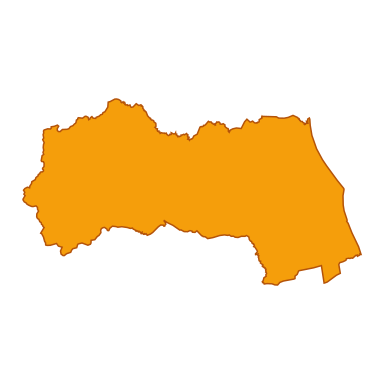 Tha Chana, Surat Thani, Thailand (Mercator projection)
{"feature_id": "78962969B77729617047894", "entity_name": "Tha Chana", "entity_type": "district", "adm_level": 2, "iso_a3": "THA", "parent_name": "Thailand", "parent_adm1": "Surat Thani", "projection": "mercator", "projection_center": [98.995, 9.596], "detail": "fine", "context": "isolated", "style": "filled", "palette": "amber", "viewbox_px": 384, "rotation_deg": 0, "n_neighbors": 0, "source": "geoboundaries", "source_scale": "gbopen_adm2", "svg_char_len": 6001}
<svg xmlns="http://www.w3.org/2000/svg" viewBox="0 0 384 384"><path d="M361.0,254.3L358.6,246.8L351.9,232.8L348.1,223.2L346.7,221.4L347.1,220.8L347.0,219.6L344.1,210.8L343.2,205.0L343.0,195.7L344.0,189.7L343.8,188.5L337.4,180.6L326.5,165.7L322.4,159.6L316.6,148.9L311.9,135.4L310.2,125.3L309.8,119.2L309.3,118.0L307.7,119.1L307.7,121.2L306.4,121.2L306.7,122.2L307.7,122.1L307.9,123.3L305.6,123.4L305.4,124.3L304.7,124.6L304.2,124.2L304.4,123.5L303.9,122.8L303.0,122.6L302.3,121.5L300.9,121.5L300.2,120.5L299.7,120.4L299.1,118.7L298.5,118.9L297.8,117.6L293.0,115.4L288.2,117.4L284.2,118.2L278.7,118.1L276.4,116.8L263.0,116.4L262.3,116.8L262.0,116.3L261.6,117.2L261.9,118.1L259.2,119.6L259.2,121.5L258.8,122.1L257.9,122.2L257.8,121.7L257.5,122.8L256.7,122.7L256.2,123.1L254.5,122.8L252.6,121.1L250.7,122.0L250.0,122.0L246.9,119.2L244.6,121.8L241.2,128.5L236.4,128.0L232.9,128.8L230.3,130.1L229.2,132.3L228.2,131.0L228.6,130.3L228.1,128.6L227.4,128.5L225.7,127.3L224.8,126.2L225.0,125.0L223.2,123.7L222.0,124.2L220.2,124.1L220.0,123.0L218.9,121.9L217.4,122.2L216.9,121.9L216.2,123.1L215.0,123.7L215.5,125.0L215.1,125.2L214.8,124.3L213.3,124.2L212.8,123.3L211.9,123.2L211.1,121.9L209.5,122.0L208.4,121.3L205.4,124.8L204.1,125.6L203.5,125.4L203.2,126.3L201.8,126.8L201.2,126.5L200.0,127.1L197.2,134.2L193.8,136.0L192.8,138.1L191.7,139.1L191.4,138.9L190.0,139.5L189.5,140.3L188.9,139.4L187.7,139.2L188.1,138.3L188.8,138.4L189.1,137.5L188.9,137.0L187.7,136.9L187.4,135.9L188.0,135.0L187.0,134.3L186.6,133.5L184.5,134.8L183.8,134.3L181.9,135.1L181.1,135.0L180.9,136.0L180.0,136.4L178.8,136.2L178.8,136.6L178.0,136.4L177.9,137.3L177.4,135.8L176.3,134.9L176.7,134.2L175.7,133.8L175.6,132.8L175.1,133.8L173.4,133.9L171.2,132.7L171.3,134.2L170.9,134.6L169.9,134.3L169.5,135.1L168.3,135.6L166.7,134.2L166.3,133.1L164.7,133.5L164.2,133.0L163.0,133.2L161.5,132.7L160.2,133.4L159.9,132.2L159.4,132.4L159.0,132.0L158.9,131.0L157.6,131.2L157.2,130.3L157.4,128.8L156.0,128.6L155.5,127.3L155.1,127.2L156.0,126.3L155.8,123.3L153.9,121.8L153.7,120.8L152.6,120.1L151.6,120.1L150.7,119.3L150.7,118.7L150.3,118.7L150.1,118.0L149.4,117.8L147.6,115.8L146.1,111.9L145.2,111.5L144.9,110.7L143.9,110.5L143.9,109.5L142.8,108.4L142.9,106.9L142.2,106.0L141.5,106.1L141.7,105.5L140.9,104.8L138.8,105.5L136.2,103.7L133.0,107.0L131.4,107.3L130.6,106.8L130.0,105.0L127.8,105.6L127.2,104.7L126.0,105.0L124.9,104.5L125.1,103.5L124.6,102.3L123.5,103.0L123.1,101.8L121.6,102.7L121.1,102.3L120.8,100.9L118.7,99.5L116.6,99.0L114.8,99.1L110.1,101.6L108.2,102.1L107.8,107.1L104.9,111.8L103.0,112.6L102.3,114.3L100.6,114.8L99.3,116.1L96.2,117.3L95.7,118.4L93.2,118.2L91.9,116.6L90.3,117.8L89.9,119.0L88.7,119.7L88.1,117.3L86.2,116.3L85.1,116.3L82.5,118.2L78.5,117.7L77.8,118.2L77.6,119.4L76.4,120.1L76.0,122.5L75.4,123.4L74.4,124.0L72.9,125.7L70.5,126.6L68.9,128.7L67.1,129.3L62.4,129.5L60.1,131.6L58.4,131.5L57.3,130.4L57.3,128.6L58.7,126.2L57.4,125.1L54.3,126.3L51.2,126.8L51.1,128.4L50.4,129.0L47.7,128.8L44.1,130.0L43.5,131.0L43.7,133.0L43.1,134.7L43.7,138.0L42.7,139.6L44.2,142.7L43.5,144.5L43.2,147.6L43.7,150.4L43.0,152.4L43.7,154.4L42.1,155.6L41.2,160.7L41.7,161.5L43.4,161.7L44.1,163.2L44.0,166.6L42.6,168.2L42.6,169.1L43.4,169.8L43.5,170.9L42.6,171.8L40.8,172.0L40.1,172.6L39.8,173.7L38.3,174.5L38.1,175.8L35.9,177.6L35.3,179.6L31.8,181.7L31.5,183.6L29.9,186.0L29.6,187.8L27.7,187.2L27.0,187.4L24.9,188.5L23.5,190.2L24.8,192.3L23.9,194.2L25.1,195.6L23.0,199.2L23.2,200.2L24.3,201.9L26.0,202.8L26.8,204.0L28.5,205.1L31.4,206.4L33.0,206.6L36.0,205.9L37.5,207.4L37.5,209.1L38.5,211.1L36.8,213.9L36.7,216.9L37.5,218.5L38.9,219.4L39.8,221.7L41.2,222.6L41.5,224.3L42.6,225.1L43.0,226.5L44.1,227.5L40.7,233.2L41.7,233.7L43.5,237.1L44.7,241.6L45.5,242.6L45.7,245.0L47.0,245.4L50.3,245.3L56.5,243.5L58.4,246.1L62.1,247.2L60.5,251.1L61.1,254.1L63.1,255.6L64.3,255.6L66.6,253.7L70.7,252.3L71.7,250.0L72.9,248.7L76.7,247.7L77.7,244.4L78.4,243.9L82.0,243.0L87.9,245.2L90.4,244.2L91.0,243.0L91.1,240.3L94.8,239.7L97.3,236.5L99.0,235.4L100.9,232.7L100.7,230.1L101.3,228.8L102.6,227.8L104.4,227.4L105.1,227.8L106.9,229.1L107.4,230.4L108.2,230.7L108.9,230.5L109.8,228.3L112.4,226.2L116.1,226.6L117.8,227.2L121.8,226.7L127.3,227.5L130.3,228.4L132.5,228.1L133.3,229.2L134.8,229.7L135.7,230.9L136.2,230.6L136.5,231.1L137.1,230.8L138.1,231.6L138.7,231.3L138.7,231.9L140.1,231.9L140.6,232.9L142.0,232.3L141.6,233.6L142.8,233.5L143.6,234.3L144.2,234.3L144.5,233.7L145.3,234.2L146.1,233.7L147.2,235.3L150.4,234.1L152.7,232.5L158.2,226.9L160.7,225.0L163.4,225.2L163.8,226.1L164.7,226.1L164.9,225.3L165.8,224.2L165.3,222.5L164.1,221.0L164.3,220.6L167.1,222.5L172.9,225.3L179.8,230.1L181.0,229.9L184.1,231.6L187.6,231.7L189.9,230.6L192.1,231.2L192.4,232.2L195.0,232.4L196.9,230.8L201.7,235.8L202.5,235.9L203.1,236.6L205.3,236.8L207.7,238.6L213.0,237.6L219.8,235.5L224.5,234.9L227.8,235.4L229.3,235.0L231.2,236.3L233.5,236.2L235.1,237.2L238.0,237.5L241.4,236.3L245.1,236.3L246.4,235.5L247.9,236.3L248.9,237.1L249.3,239.5L250.5,241.1L251.5,241.4L252.1,243.2L253.5,243.7L253.4,244.4L254.0,244.6L254.3,245.7L253.7,246.6L254.9,247.1L257.2,250.7L257.4,251.8L255.5,253.9L255.6,254.6L258.0,254.0L257.6,255.0L258.8,255.8L258.2,257.0L258.6,257.6L259.1,260.7L259.7,261.2L260.6,261.2L260.4,263.0L262.9,264.8L262.9,265.7L262.3,266.1L263.3,267.1L263.9,267.0L264.3,267.8L265.0,267.8L265.1,268.6L266.0,269.2L265.6,270.0L266.0,271.3L265.7,272.1L266.3,272.5L266.6,273.6L265.8,275.0L266.2,276.2L263.9,277.8L263.2,280.6L262.3,281.8L262.9,282.2L262.8,282.6L263.5,282.6L264.2,284.0L266.9,283.6L272.0,283.8L274.9,284.9L277.6,285.0L279.9,282.4L283.5,281.0L293.8,279.1L295.0,278.6L295.0,276.1L297.2,274.4L298.5,271.2L299.1,270.7L313.6,267.8L321.4,265.6L324.1,283.1L325.2,282.8L327.3,282.0L336.5,275.2L340.3,273.3L338.8,264.5L339.8,262.6L342.8,261.8L345.9,260.3L346.4,258.7L348.8,258.2L349.9,258.5L351.2,258.0L352.7,258.2L355.9,255.3L356.7,255.3L357.5,256.3L357.9,256.0L357.9,255.2L358.8,255.6L360.0,254.8L359.9,254.0L361.0,254.3Z" fill="#f59e0b" stroke="#b45309" stroke-width="1.5"/></svg>